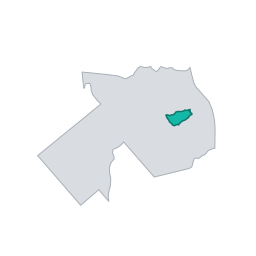 Chimaltenango on a map of Guatemala (Natural Earth projection), rotated 229°
{"feature_id": "GTM-1949", "entity_name": "Chimaltenango", "entity_type": "Department", "adm_level": 1, "iso_a3": "GTM", "parent_name": "Guatemala", "parent_adm1": "", "projection": "natural_earth1", "projection_center": [-90.916, 14.662], "detail": "fine", "context": "in_parent", "style": "filled", "palette": "teal", "viewbox_px": 256, "rotation_deg": 229, "n_neighbors": 0, "source": "natural_earth", "source_scale": "10m", "svg_char_len": 2624}
<svg xmlns="http://www.w3.org/2000/svg" viewBox="0 0 256 256"><g transform="rotate(229 128 128)"><path d="M55.7,180.2L56.6,179.1L57.4,176.6L58.4,174.0L57.8,171.0L57.5,168.6L58.6,165.1L58.5,162.5L59.0,160.8L60.7,159.8L61.5,157.8L56.9,150.8L56.9,149.3L57.5,147.3L61.3,139.9L65.8,131.1L70.8,121.4L73.8,115.6L84.7,115.6L91.9,115.6L101.1,115.6L111.0,115.6L117.6,115.6L120.3,115.5L119.8,111.7L120.1,107.5L121.3,103.7L121.3,102.0L119.4,99.9L115.6,98.7L113.5,96.9L113.5,94.6L112.6,91.8L110.8,88.6L107.0,85.2L101.2,81.8L96.3,77.2L92.3,71.4L88.8,67.7L86.2,66.2L85.6,65.4L93.3,65.4L100.6,65.5L100.6,57.2L100.7,49.9L100.7,41.6L113.9,41.6L129.7,41.6L146.0,41.7L158.9,41.7L166.4,41.7L166.1,52.0L165.7,63.9L165.5,72.6L165.1,84.3L164.7,96.2L164.2,112.5L163.9,123.0L164.1,123.3L168.4,122.8L174.7,123.2L176.3,123.2L178.2,124.1L179.7,124.4L183.0,126.8L186.8,128.6L189.2,124.9L187.9,122.8L186.9,121.6L187.1,120.7L200.3,130.0L198.8,131.5L195.4,134.8L189.3,140.5L183.9,145.6L178.7,150.3L173.9,154.5L173.4,154.9L167.4,157.9L166.4,159.2L165.1,165.1L164.5,166.6L165.6,169.9L166.7,174.9L166.4,177.6L162.2,180.8L160.3,183.7L159.5,185.6L158.7,185.1L157.5,185.0L154.5,185.7L153.1,185.9L151.9,186.7L151.8,188.6L152.6,191.5L152.8,193.0L152.0,193.7L148.4,195.5L146.9,197.3L145.5,200.0L143.9,201.1L142.3,200.9L141.1,201.3L138.6,203.4L134.7,207.3L132.7,210.2L132.7,212.4L133.0,214.4L119.2,207.4L114.5,206.2L95.0,206.4L86.7,203.7L77.2,198.4L70.7,193.6L55.7,180.2Z" fill="#d9dde1" stroke="#a8b0b8" stroke-width="1"/><path d="M108.8,170.3L108.2,171.5L108.1,172.0L108.3,173.2L108.5,173.6L108.6,174.4L108.6,174.7L108.6,174.8L108.5,175.1L108.2,175.4L107.8,176.5L106.9,177.3L105.2,179.4L104.4,181.1L104.2,182.2L104.3,182.5L103.3,183.4L102.6,184.2L102.3,184.6L102.0,185.3L101.4,186.9L101.1,187.0L101.0,186.9L100.9,186.8L100.9,186.7L100.9,186.3L100.8,185.6L100.7,185.4L100.4,185.6L100.2,185.8L99.7,185.9L99.3,185.7L99.0,185.3L98.8,185.2L98.6,185.1L98.4,185.2L97.8,185.5L97.7,185.6L97.2,185.7L96.9,185.5L96.8,185.4L96.3,185.0L96.8,183.5L96.8,182.9L96.9,181.9L96.8,181.5L96.7,181.3L96.4,181.1L96.2,180.8L96.5,177.4L96.5,176.5L96.6,176.1L96.9,175.6L97.6,173.6L97.6,172.7L97.8,171.7L97.3,168.5L97.2,168.3L98.1,167.7L98.4,167.5L99.2,164.9L99.4,164.4L99.5,164.4L99.9,164.1L100.5,163.9L101.1,163.5L101.8,163.7L104.2,163.6L104.6,163.5L105.1,163.4L105.6,163.4L107.4,164.0L109.2,164.0L109.8,164.0L110.9,164.5L112.2,164.8L112.7,165.0L112.6,165.6L112.5,165.9L112.5,166.0L112.4,166.1L112.1,166.3L111.7,166.5L111.0,167.1L110.8,167.2L110.7,167.2L110.4,167.2L110.2,167.3L110.0,167.5L109.8,167.9L109.5,169.2L108.8,170.3Z" fill="#14b8a6" stroke="#0f766e" stroke-width="1.5"/></g></svg>